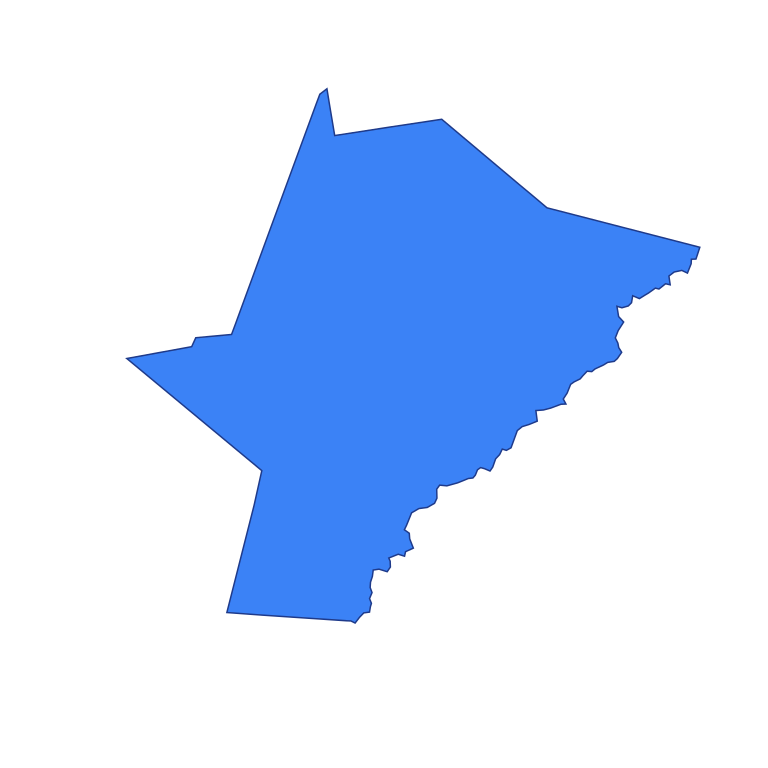 Capitão Gervásio Oliveira, Piauí, Brazil (orthographic projection), rotated 290°
{"feature_id": "56859067B49513050912256", "entity_name": "Capitão Gervásio Oliveira", "entity_type": "district", "adm_level": 2, "iso_a3": "BRA", "parent_name": "Brazil", "parent_adm1": "Piauí", "projection": "orthographic", "projection_center": [-41.924, -8.53], "detail": "fine", "context": "isolated", "style": "filled", "palette": "blue", "viewbox_px": 768, "rotation_deg": 290, "n_neighbors": 0, "source": "geoboundaries", "source_scale": "gbopen_adm2", "svg_char_len": 1671}
<svg xmlns="http://www.w3.org/2000/svg" viewBox="0 0 768 768"><g transform="rotate(290 384 384)"><path d="M353.3,190.5L320.0,133.6L313.8,150.9L287.5,224.3L260.8,298.8L225.7,303.4L115.5,314.5L125.2,348.7L148.6,429.5L150.0,433.9L149.5,438.6L156.4,440.8L162.0,443.3L164.7,448.4L170.0,447.4L173.6,447.2L177.4,443.8L183.9,444.1L188.0,440.6L193.2,439.1L199.2,438.9L205.5,437.5L208.3,442.6L208.7,451.2L214.2,452.6L219.6,450.4L222.1,448.0L228.9,455.6L229.2,462.2L233.8,461.6L239.8,467.7L247.3,461.1L252.4,458.8L254.0,453.0L258.9,453.5L272.4,454.0L278.9,459.4L282.8,466.9L289.2,472.3L294.8,472.8L303.2,469.5L308.0,470.9L309.8,477.9L316.3,487.0L320.6,491.8L324.0,495.5L326.1,499.7L329.6,501.0L335.4,501.2L338.5,503.4L338.8,507.4L338.5,513.4L343.1,514.6L351.9,514.5L357.2,516.8L363.3,517.4L363.5,521.7L367.5,525.2L385.8,525.2L391.2,528.4L395.6,534.2L401.5,540.7L411.0,535.8L414.1,542.7L418.4,548.9L425.5,557.2L427.4,561.8L431.2,557.6L438.1,559.2L447.5,559.5L451.1,562.0L455.9,566.6L459.7,568.0L465.5,570.5L466.7,575.0L470.4,577.2L477.0,583.8L480.8,586.8L484.0,592.6L487.7,594.6L495.1,596.5L498.5,592.1L502.4,589.8L506.4,585.6L514.4,585.8L524.2,588.0L527.6,581.4L536.7,576.3L537.0,581.5L540.9,586.9L545.1,588.8L552.0,587.5L551.6,594.8L556.6,598.7L559.9,601.4L566.9,606.2L567.3,609.9L574.5,614.3L575.1,619.0L582.9,614.8L588.5,618.4L592.6,625.0L592.0,631.2L602.0,631.5L606.4,630.2L608.1,634.4L612.2,634.3L620.5,634.0L605.3,476.9L611.4,460.3L617.7,442.8L652.5,347.7L627.6,301.9L600.6,252.7L628.5,236.9L641.9,229.4L634.4,224.6L624.5,224.5L492.9,224.1L398.3,223.9L394.6,223.9L390.2,223.9L378.4,223.8L363.1,191.3L353.3,190.5Z" fill="#3b82f6" stroke="#1e3a8a" stroke-width="1.5"/></g></svg>